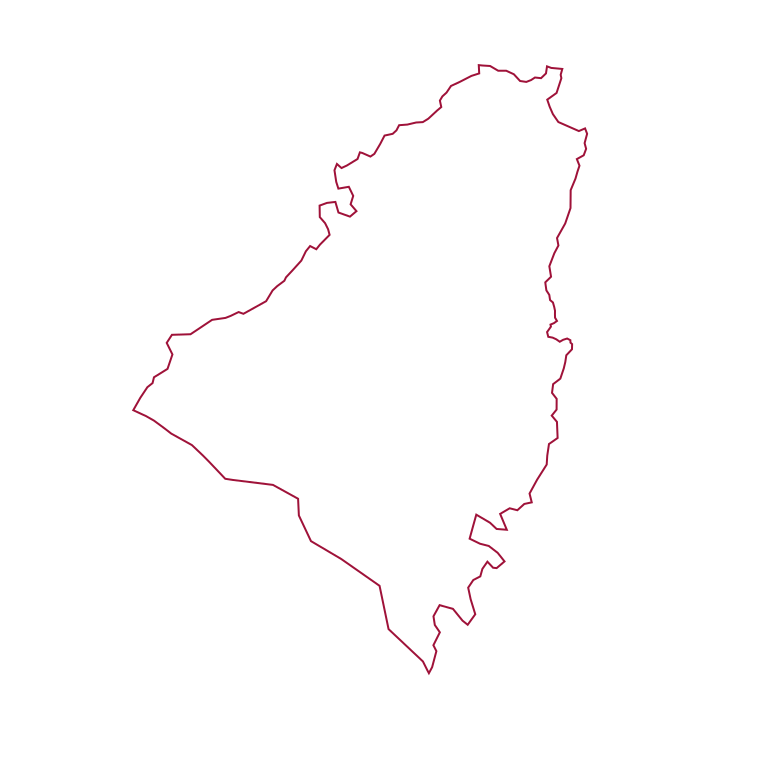 the district of Agios Theodoros Lemesou, Limassol, Cyprus, rotated 168°
{"feature_id": "46923920B32417699607002", "entity_name": "Agios Theodoros Lemesou", "entity_type": "district", "adm_level": 2, "iso_a3": "CYP", "parent_name": "Cyprus", "parent_adm1": "Limassol", "projection": "orthographic", "projection_center": [33.04, 34.894], "detail": "fine", "context": "isolated", "style": "outline", "palette": "rose", "viewbox_px": 768, "rotation_deg": 168, "n_neighbors": 0, "source": "geoboundaries", "source_scale": "gbopen_adm2", "svg_char_len": 2671}
<svg xmlns="http://www.w3.org/2000/svg" viewBox="0 0 768 768"><g transform="rotate(168 384 384)"><path d="M448.2,206.7L430.3,187.5L430.5,143.3L403.6,104.5L401.1,94.9L400.2,91.8L395.8,97.0L388.3,111.8L390.0,118.2L381.0,129.5L384.4,137.7L383.9,146.5L375.6,156.1L363.3,149.7L356.4,136.2L352.2,131.1L342.6,139.8L344.0,155.5L344.0,167.3L337.4,173.7L329.8,175.8L326.2,182.7L319.8,188.7L315.5,181.6L312.1,180.5L303.0,185.4L307.9,195.2L315.2,203.8L323.3,207.8L332.4,214.9L326.7,225.9L320.9,237.0L309.1,226.2L304.0,218.8L294.2,215.9L297.4,232.8L286.9,236.3L279.8,232.8L271.7,237.5L264.1,237.5L264.4,246.6L254.1,258.6L241.6,271.4L239.2,280.0L235.1,291.0L225.4,295.1L222.7,311.0L226.5,318.2L220.5,323.1L218.2,333.6L221.5,340.4L218.6,348.7L210.4,352.6L204.9,361.9L202.1,367.8L199.7,374.2L192.9,378.9L191.7,383.9L193.0,385.7L192.6,388.1L195.4,390.4L199.6,390.0L203.3,388.8L206.2,391.9L209.4,394.3L213.5,396.0L213.7,400.9L208.8,405.4L208.8,407.5L205.1,408.2L201.7,409.7L202.9,413.3L202.3,416.6L201.5,420.1L201.5,424.1L201.8,428.6L204.1,431.6L203.8,436.8L205.7,441.8L205.3,447.6L205.1,449.9L198.3,454.2L197.8,464.8L190.2,476.5L184.6,483.2L184.4,490.8L173.4,503.3L165.0,517.3L161.1,534.8L154.0,545.1L150.6,551.5L147.4,556.9L148.6,563.9L141.1,566.2L137.4,572.0L137.7,577.9L133.3,586.5L133.4,587.2L134.2,592.2L140.8,590.9L159.0,604.0L162.7,612.9L164.3,620.8L165.2,628.2L154.7,632.8L146.9,646.3L146.9,649.7L144.1,655.1L154.7,658.4L158.5,660.8L161.0,654.1L166.8,650.5L172.6,652.4L177.0,650.7L182.0,649.9L187.9,652.1L192.6,660.0L199.3,665.0L207.2,666.7L214.1,673.0L221.6,675.1L224.7,676.1L225.0,676.2L226.3,668.0L234.4,667.2L246.9,663.8L256.5,661.6L262.3,656.0L267.1,653.2L270.4,649.6L270.4,643.0L275.1,640.5L285.5,634.3L291.6,632.1L298.2,633.1L307.2,632.9L315.4,634.0L319.1,629.5L323.5,626.9L331.8,626.9L337.8,619.6L345.6,611.1L350.0,609.3L357.2,614.5L359.4,615.6L363.1,609.6L375.0,605.4L380.7,604.1L384.3,609.0L388.0,603.4L388.7,591.6L388.0,584.6L377.4,584.2L375.0,574.4L379.3,566.7L375.0,558.8L382.5,554.8L392.9,561.2L393.7,572.2L402.1,573.0L409.9,571.9L412.1,560.6L408.2,553.6L406.5,547.0L406.2,541.2L417.6,533.7L422.2,529.9L427.6,534.3L432.8,530.1L439.2,521.9L449.7,514.3L457.7,508.7L460.0,505.7L468.2,501.9L473.5,498.7L482.1,489.5L506.9,481.9L511.3,484.6L519.8,482.5L525.3,481.6L538.8,482.5L562.9,472.9L573.5,474.8L574.5,475.0L581.2,476.2L588.0,469.4L584.8,456.9L592.6,443.8L607.6,438.4L610.2,433.0L616.1,430.1L625.2,421.2L634.7,410.5L626.3,404.2L623.7,402.3L616.6,396.0L607.4,385.6L602.4,379.7L584.6,364.2L576.0,351.7L571.5,344.7L559.0,324.3L551.6,321.5L513.6,308.4L491.9,289.6L494.6,273.1L488.1,245.5L462.1,221.6L448.2,206.7Z" fill="none" stroke="#9f1239" stroke-width="2"/></g></svg>